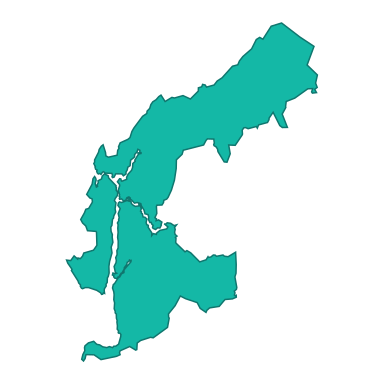 Vaksdal nor, Hordaland, Norway (Mercator projection)
{"feature_id": "86288312B98052754922139", "entity_name": "Vaksdal nor", "entity_type": "district", "adm_level": 2, "iso_a3": "NOR", "parent_name": "Norway", "parent_adm1": "Hordaland", "projection": "mercator", "projection_center": [5.767, 60.674], "detail": "fine", "context": "isolated", "style": "filled", "palette": "teal", "viewbox_px": 384, "rotation_deg": 0, "n_neighbors": 0, "source": "geoboundaries", "source_scale": "gbopen_adm2", "svg_char_len": 6023}
<svg xmlns="http://www.w3.org/2000/svg" viewBox="0 0 384 384"><path d="M314.0,46.4L299.7,36.9L281.6,23.0L271.2,26.2L262.9,39.2L259.7,37.4L256.3,39.5L251.6,48.9L242.9,56.5L239.4,61.0L237.8,64.8L232.5,66.2L222.1,77.8L217.2,81.0L214.1,85.0L206.5,87.1L205.2,85.0L202.6,84.4L201.7,86.8L198.4,87.8L198.3,91.1L190.4,99.0L183.0,95.6L174.4,98.0L171.9,97.4L165.1,101.5L161.0,95.1L158.8,96.6L156.1,99.7L152.8,101.8L150.9,104.5L149.7,108.4L147.1,111.1L146.8,113.5L142.6,116.3L133.9,128.0L131.9,131.5L130.0,137.6L127.8,139.4L120.2,142.8L118.5,146.8L119.0,148.3L117.7,150.3L117.1,155.2L108.4,157.2L105.9,155.9L105.5,152.4L103.1,144.8L101.3,146.2L99.2,149.4L98.5,152.3L94.6,159.9L94.6,162.1L93.8,163.6L95.3,166.5L95.0,166.9L95.6,169.2L97.1,170.1L96.7,171.2L97.2,172.8L98.3,174.0L100.0,173.5L101.0,174.4L102.5,172.2L103.6,171.7L105.2,173.1L111.9,173.4L112.5,175.3L112.0,176.8L112.5,177.6L114.0,177.2L115.8,173.8L121.9,173.9L123.4,175.8L126.0,174.0L126.0,172.1L127.2,170.0L127.8,167.2L130.1,165.7L130.6,160.2L134.1,157.4L134.6,156.5L134.6,154.6L137.0,151.9L137.9,149.3L139.9,150.3L139.8,152.4L137.3,153.3L141.0,152.7L141.0,153.5L138.1,154.1L138.5,154.1L134.8,160.1L135.1,161.4L132.8,163.5L132.6,167.3L131.6,170.3L128.2,174.0L126.6,177.3L126.7,179.3L121.9,181.2L121.4,181.0L120.8,178.9L119.6,178.7L117.4,181.8L119.5,184.4L119.7,185.7L118.2,190.3L119.6,194.7L119.2,196.3L119.9,197.0L119.3,198.5L119.7,199.3L121.6,198.9L123.6,201.0L125.8,200.1L126.9,197.7L128.9,196.9L130.3,198.0L130.3,200.0L131.3,199.8L134.5,203.1L137.3,202.5L140.8,203.6L141.4,205.9L144.0,210.1L145.0,213.8L148.0,214.6L148.7,217.0L148.7,218.3L148.2,218.9L149.9,222.5L151.2,222.4L151.9,224.3L153.1,225.3L152.5,227.4L153.1,228.4L155.6,229.5L157.6,227.8L159.9,228.0L161.3,225.2L161.1,224.6L161.9,222.1L158.6,219.9L156.1,220.7L156.5,218.9L154.9,217.7L156.8,213.5L156.4,206.4L156.9,205.2L162.0,205.0L163.5,202.6L163.8,200.3L166.7,199.1L168.1,197.3L171.4,190.2L174.4,180.3L176.2,168.5L176.4,159.8L182.1,154.3L183.3,150.2L203.6,145.0L206.1,140.3L207.4,138.9L213.8,139.1L214.3,143.3L213.7,144.3L214.0,145.6L216.1,146.9L217.5,149.0L218.0,151.7L224.2,161.9L227.0,162.2L230.2,153.8L228.7,145.0L235.2,145.3L242.1,135.1L242.5,134.1L242.2,130.2L243.8,127.8L245.7,127.6L248.1,128.7L256.4,126.5L257.3,128.1L258.6,124.9L267.5,122.5L269.0,119.7L269.1,118.1L273.1,112.3L279.8,125.6L282.3,127.5L287.4,127.4L282.2,114.1L285.8,107.5L285.6,106.3L286.2,101.5L294.8,98.1L307.8,88.8L312.7,88.6L311.6,91.9L312.4,93.1L316.5,92.6L314.7,89.3L317.2,87.4L315.6,83.1L317.4,75.0L307.1,65.0L314.0,46.4ZM164.2,223.8L167.9,226.9L166.7,228.9L159.9,230.4L156.4,233.3L156.4,234.4L153.3,233.6L151.7,235.6L151.8,232.8L148.1,227.2L148.4,225.8L148.0,225.1L146.7,224.7L146.1,222.4L146.7,220.1L146.4,218.6L145.1,217.3L143.0,216.9L142.4,213.8L141.4,213.2L141.4,211.7L140.5,211.1L141.3,208.7L140.4,206.4L140.2,204.0L138.7,203.9L139.1,205.0L138.8,205.9L135.3,206.4L133.3,205.3L131.4,203.6L131.0,201.7L129.1,200.8L129.9,199.4L129.7,198.2L128.8,197.6L127.8,198.6L128.5,201.0L127.0,200.5L121.6,202.5L119.5,201.9L118.4,203.0L117.9,205.4L120.2,208.6L118.2,213.6L119.2,217.8L118.6,219.4L118.8,220.6L117.4,223.0L118.1,224.6L117.8,228.2L118.1,232.4L117.6,237.4L118.2,241.0L118.1,248.0L116.9,250.6L117.1,254.5L115.7,257.7L116.3,260.3L116.0,262.7L114.1,266.5L115.4,272.6L116.6,273.2L114.9,273.9L113.0,273.0L112.4,275.0L113.8,275.6L113.7,276.8L114.7,278.1L117.0,278.6L118.0,277.0L119.1,276.6L121.0,273.3L122.0,272.9L124.2,269.1L124.3,267.7L126.7,264.5L127.2,262.3L128.9,261.5L129.3,260.4L129.6,259.9L129.9,259.9L130.2,259.9L129.5,260.2L130.0,260.8L131.1,260.5L130.9,261.8L124.0,269.9L123.9,272.6L121.5,273.8L119.8,276.9L118.3,277.7L114.7,283.4L113.3,284.6L112.5,288.0L113.8,291.9L114.1,294.8L113.8,299.7L114.6,302.9L114.2,308.8L115.2,311.2L115.2,312.9L116.3,314.1L116.4,318.2L117.2,320.8L116.9,321.9L117.4,325.8L117.2,329.2L118.6,330.9L118.2,332.4L118.5,333.1L119.9,333.2L120.9,334.5L120.7,336.7L118.6,344.2L115.7,346.2L113.8,346.2L112.6,347.6L109.4,346.6L106.8,347.6L102.7,346.8L99.7,344.9L96.7,344.3L93.7,341.3L88.4,342.9L85.0,345.8L84.5,347.7L84.8,350.7L82.9,354.5L81.7,359.3L83.5,361.0L85.1,358.6L86.0,354.6L94.0,354.8L101.0,359.6L116.6,356.3L120.1,354.7L119.5,352.6L120.1,350.8L129.7,346.5L135.7,350.1L136.8,349.6L137.2,343.0L140.6,340.5L150.5,337.3L153.2,337.8L167.5,327.4L169.2,318.1L168.6,317.1L168.5,313.9L175.1,305.7L180.3,296.0L185.6,298.7L197.2,302.6L200.2,308.4L206.0,312.4L206.9,310.3L209.6,307.9L219.2,306.4L225.0,299.5L232.4,298.9L236.3,297.2L236.2,295.3L235.2,295.8L234.4,295.1L235.0,292.9L234.3,291.1L236.4,289.4L236.8,287.5L234.9,276.9L236.0,273.3L236.2,264.7L235.6,252.2L228.1,256.7L224.4,256.2L223.0,255.0L216.5,256.3L215.1,255.1L213.3,255.0L210.7,257.1L208.4,257.4L208.0,256.7L206.1,259.8L199.7,261.9L190.7,252.8L186.9,250.6L185.0,251.8L176.2,243.3L175.7,242.4L176.0,238.5L175.4,237.4L177.0,236.1L175.1,234.4L174.6,232.2L175.2,229.4L174.6,227.4L176.5,224.9L174.1,225.6L170.7,223.3L167.2,222.8L165.6,224.2L164.2,223.8ZM104.6,293.4L104.2,290.6L104.4,288.8L106.2,286.0L106.0,284.3L107.2,282.4L107.4,277.8L108.2,276.6L109.1,273.0L108.9,266.4L109.6,261.5L112.0,252.9L111.2,247.1L112.9,242.3L112.2,237.1L112.4,234.6L111.1,231.4L110.8,227.2L111.9,225.4L112.5,219.3L113.5,218.2L113.8,215.9L115.7,212.0L115.1,208.8L116.0,202.8L114.4,200.7L115.2,198.5L117.4,195.5L117.6,193.3L117.5,191.9L116.2,190.4L116.4,187.4L115.8,186.8L116.1,185.8L108.7,178.0L108.1,175.6L104.4,174.0L102.2,176.2L101.5,179.0L98.0,180.8L98.3,182.6L97.2,184.8L97.6,186.4L96.4,187.1L95.2,183.6L96.1,180.0L95.7,178.2L94.6,176.5L93.0,178.7L92.1,184.2L86.7,194.4L89.9,198.0L92.1,198.9L92.4,202.1L88.7,208.4L85.8,209.3L84.4,212.9L80.7,219.5L82.6,223.0L85.8,226.0L87.5,230.7L96.0,231.4L96.5,232.2L96.9,245.3L93.5,250.2L83.8,253.0L82.6,256.1L80.4,258.6L78.0,258.0L77.7,259.1L74.1,255.9L70.7,260.6L66.6,260.1L67.8,263.2L72.0,269.3L71.4,270.5L78.0,280.9L78.7,283.0L80.5,284.9L80.3,286.2L81.5,288.2L82.6,288.7L85.1,287.6L88.6,287.6L96.7,290.3L100.5,292.7L101.6,294.4L102.7,294.2L103.4,292.9L104.6,293.4Z" fill="#14b8a6" stroke="#0f766e" stroke-width="1.5"/></svg>